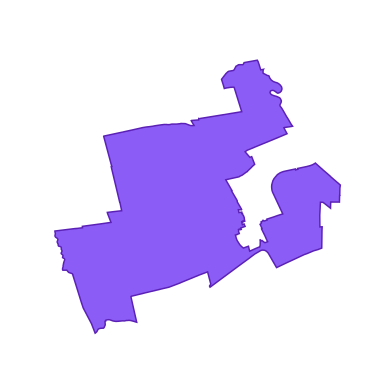 outline of Surdila-Greci, Braila, Romania, rotated 75°
{"feature_id": "2599482B86930693548610", "entity_name": "Surdila-Greci", "entity_type": "district", "adm_level": 2, "iso_a3": "ROU", "parent_name": "Romania", "parent_adm1": "Braila", "projection": "orthographic", "projection_center": [27.256, 45.061], "detail": "fine", "context": "isolated", "style": "filled", "palette": "violet", "viewbox_px": 384, "rotation_deg": 75, "n_neighbors": 0, "source": "geoboundaries", "source_scale": "gbopen_adm2", "svg_char_len": 5906}
<svg xmlns="http://www.w3.org/2000/svg" viewBox="0 0 384 384"><g transform="rotate(75 192 192)"><path d="M303.3,322.1L302.9,321.1L302.3,320.1L301.6,319.4L300.4,318.4L300.0,317.2L300.0,315.6L300.6,312.8L300.4,312.3L300.1,311.9L298.2,310.4L297.5,310.1L296.9,310.0L296.0,309.8L295.0,309.7L294.3,309.4L294.3,308.7L293.6,308.5L293.5,307.9L293.6,306.3L293.8,305.4L294.1,304.6L296.1,301.7L296.6,300.6L297.3,299.0L297.8,296.7L298.5,292.3L298.9,291.1L299.1,290.2L299.1,288.7L299.3,288.1L299.5,286.8L299.8,285.6L300.3,284.5L300.7,283.7L302.0,281.5L303.4,279.3L303.5,279.1L303.1,279.1L297.5,278.9L289.8,278.6L277.4,278.1L277.0,277.7L277.3,263.1L277.8,244.4L278.0,239.0L276.8,227.1L276.6,226.1L274.1,206.8L273.2,197.6L284.6,197.7L285.6,197.6L286.4,198.3L287.0,199.1L287.4,199.4L287.6,199.4L287.9,199.4L288.6,199.2L288.4,198.6L284.5,188.8L275.1,165.0L271.0,154.4L269.3,150.3L268.1,147.2L266.8,142.4L266.4,141.0L266.3,140.3L266.3,139.7L266.4,138.9L266.5,138.5L267.0,137.2L267.5,136.4L268.0,135.9L268.9,135.2L269.4,134.9L270.2,134.5L270.5,134.3L271.0,134.1L271.6,134.0L272.1,133.8L273.0,133.6L282.4,131.1L286.9,129.9L286.8,129.3L284.9,119.1L283.9,113.3L282.7,106.5L281.5,99.8L281.4,98.7L281.3,96.9L281.2,96.3L280.3,89.7L280.2,84.7L280.1,84.3L279.8,81.2L262.8,76.4L259.3,75.3L258.8,77.5L247.5,74.6L235.1,70.6L235.9,68.1L243.5,62.4L237.6,60.6L239.9,52.2L233.5,50.3L233.5,50.0L233.1,50.0L232.8,50.0L232.6,49.9L226.4,48.1L223.7,46.9L218.7,50.3L213.4,53.9L212.8,54.2L212.3,54.5L212.0,54.7L209.6,56.3L206.4,58.5L204.8,59.6L203.2,60.6L201.6,61.7L199.9,62.8L196.7,64.9L196.0,65.3L196.7,67.7L196.9,68.8L197.1,70.8L197.1,72.7L197.1,74.7L196.6,83.8L197.4,83.7L197.5,86.3L196.5,86.2L196.0,95.6L195.9,98.3L196.0,99.7L196.2,101.5L196.3,102.0L197.3,105.0L200.2,109.2L202.1,111.0L205.7,113.1L207.1,113.6L208.3,113.9L211.0,114.3L213.2,114.2L215.3,113.8L236.7,110.0L236.8,110.3L236.7,111.2L236.9,115.6L237.2,119.1L237.6,126.7L238.5,126.7L238.7,129.9L238.4,130.2L237.7,130.7L238.3,131.5L238.6,132.1L238.7,132.8L238.8,133.1L239.9,133.0L240.4,133.5L240.8,134.6L245.4,133.8L245.6,134.4L253.2,132.9L257.1,132.3L259.6,131.8L259.8,134.4L259.7,134.8L259.5,135.0L256.9,137.0L257.2,138.1L255.3,138.6L257.1,138.8L261.0,139.9L262.7,140.9L262.5,141.2L263.1,145.5L264.1,151.6L262.0,151.6L259.0,151.5L259.4,156.9L257.4,158.3L255.4,159.4L253.9,159.9L253.3,160.1L250.3,161.0L247.9,161.2L246.7,161.2L244.8,161.2L244.8,159.8L244.7,159.8L244.4,157.1L241.8,157.2L241.5,156.8L240.3,156.8L240.3,156.7L240.2,156.6L240.1,155.1L240.9,155.0L240.9,154.1L239.4,154.2L239.0,149.6L236.3,150.0L236.6,151.8L234.3,151.8L234.3,151.3L233.5,151.5L233.2,150.2L234.0,150.1L233.8,148.5L232.6,148.6L232.0,148.4L230.0,148.2L228.2,148.4L227.4,148.7L225.9,149.0L225.8,148.9L225.7,149.0L225.7,149.5L225.2,149.5L225.2,149.1L224.3,149.1L224.0,152.0L221.1,151.8L222.0,148.7L221.9,148.6L221.1,148.7L213.4,150.8L211.9,150.6L201.2,153.5L201.1,153.0L194.6,154.7L189.8,156.0L188.9,156.2L189.5,142.6L189.4,142.3L189.1,141.6L188.7,139.1L188.3,138.1L186.7,134.0L186.7,133.5L186.5,133.1L186.0,132.6L183.8,128.5L183.7,128.4L182.8,126.9L181.6,124.5L181.5,124.3L173.3,125.2L173.5,127.1L166.9,130.3L166.0,128.0L164.7,118.3L164.1,113.7L161.4,92.9L160.3,85.1L159.9,85.2L156.1,86.1L153.7,86.6L153.6,86.2L154.5,78.6L154.5,77.8L152.5,78.6L145.2,80.6L143.8,81.1L137.2,82.8L134.1,83.7L132.2,84.5L131.3,84.7L130.5,84.5L130.3,84.3L128.8,82.9L127.2,82.1L125.4,82.3L124.1,82.7L123.4,83.3L122.3,84.6L121.4,85.8L120.3,87.7L119.4,89.0L118.4,90.2L117.5,90.6L116.2,91.0L114.7,90.0L114.6,88.5L114.7,87.7L115.3,86.6L116.9,85.2L118.2,84.2L118.7,83.6L118.8,83.0L118.6,81.3L117.6,79.6L116.1,78.6L115.0,78.3L113.4,78.3L111.3,79.2L109.7,80.3L108.5,81.6L107.8,82.8L106.4,84.8L104.3,86.5L101.9,87.4L99.8,87.6L99.2,88.4L98.8,89.2L98.4,89.7L97.7,90.3L97.1,91.0L96.4,91.8L95.8,92.4L95.7,92.5L95.3,92.5L94.9,92.4L94.2,92.3L93.2,91.9L92.4,91.6L92.2,91.4L92.0,91.2L91.8,94.0L86.3,94.2L83.2,94.4L81.6,94.8L80.5,108.2L80.9,108.5L82.0,109.5L82.2,110.0L82.0,110.5L81.1,114.1L81.8,116.3L81.8,116.8L82.6,117.6L84.9,119.7L85.2,120.4L85.3,120.9L84.9,125.2L85.1,126.1L86.3,128.4L90.8,134.3L91.7,134.3L95.6,134.1L100.4,134.0L100.4,132.4L100.5,131.0L100.7,129.5L100.8,128.1L100.9,127.5L101.1,126.7L101.2,125.9L101.4,125.2L101.7,124.3L102.0,124.3L102.1,124.2L127.3,123.2L125.1,145.3L123.0,166.1L123.1,166.3L122.9,166.5L124.1,166.9L123.4,170.6L122.8,173.9L122.9,174.3L128.3,172.8L128.2,173.3L128.1,173.9L127.6,175.8L127.4,176.2L126.9,177.0L124.4,180.5L124.2,180.8L122.9,185.1L123.0,185.6L122.3,189.8L121.6,192.4L121.4,193.1L121.2,193.9L121.1,195.3L121.2,195.8L121.0,196.4L120.9,197.1L120.5,198.4L120.4,198.5L119.6,201.2L119.1,204.9L118.5,210.1L118.4,211.2L118.3,213.0L117.8,216.7L117.4,219.2L117.0,223.2L117.0,223.6L116.6,233.9L115.8,250.6L115.2,262.6L115.2,262.8L115.3,262.9L143.9,262.9L146.2,262.9L146.7,262.8L146.7,263.5L183.4,264.5L183.5,264.3L191.9,264.8L190.8,272.0L189.8,279.1L191.1,279.1L200.4,278.1L199.1,288.9L196.8,306.8L198.2,307.0L197.3,313.4L197.3,313.5L197.2,313.5L197.0,314.7L194.3,333.9L194.2,334.5L194.6,334.6L195.2,334.7L196.4,334.7L197.1,334.9L198.8,335.7L199.3,335.7L199.7,335.7L200.5,335.3L201.7,334.3L202.3,333.9L203.0,333.8L203.3,333.9L204.0,334.3L204.9,335.0L205.7,335.2L206.7,335.0L207.5,334.9L207.9,334.8L208.1,334.8L208.6,335.0L209.1,335.0L209.4,335.0L209.7,334.9L210.0,334.4L210.6,333.4L211.5,332.6L212.4,332.7L213.1,333.1L213.6,333.1L214.4,332.9L214.7,332.8L215.1,332.8L215.5,332.9L216.1,333.3L216.5,333.7L217.1,334.2L217.7,334.3L218.6,333.7L218.9,333.5L219.4,333.2L220.1,333.1L220.3,333.1L220.6,333.3L221.5,333.9L221.9,334.0L223.1,332.7L223.5,332.5L223.9,332.4L224.2,332.4L224.7,332.6L226.7,334.0L227.8,334.6L228.5,334.9L228.9,335.1L229.6,335.5L230.5,335.7L231.7,336.4L232.6,336.9L233.3,337.1L234.1,337.0L235.1,333.2L237.7,332.0L239.9,328.8L241.3,328.4L241.4,328.6L243.7,328.5L271.4,327.4L272.2,327.3L275.8,327.1L288.7,324.2L293.1,323.2L303.3,322.1Z" fill="#8b5cf6" stroke="#5b21b6" stroke-width="1.5"/></g></svg>